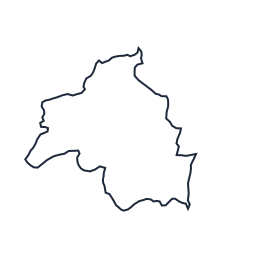 Santo Antônio de Posse, São Paulo, Brazil (Robinson projection), rotated 205°
{"feature_id": "56859067B90854909579192", "entity_name": "Santo Antônio de Posse", "entity_type": "district", "adm_level": 2, "iso_a3": "BRA", "parent_name": "Brazil", "parent_adm1": "São Paulo", "projection": "robinson", "projection_center": [-46.947, -22.613], "detail": "fine", "context": "isolated", "style": "outline", "palette": "slate", "viewbox_px": 256, "rotation_deg": 205, "n_neighbors": 0, "source": "geoboundaries", "source_scale": "gbopen_adm2", "svg_char_len": 1847}
<svg xmlns="http://www.w3.org/2000/svg" viewBox="0 0 256 256"><g transform="rotate(205 128 128)"><path d="M209.7,95.4L207.2,92.3L203.4,93.9L200.4,94.1L199.5,90.9L202.0,87.9L204.6,85.3L205.5,79.2L205.2,74.9L205.5,70.4L206.7,66.1L206.8,61.6L207.9,56.2L204.9,54.3L201.0,53.1L196.9,52.5L193.2,53.9L191.0,58.2L188.0,64.5L183.8,70.5L181.0,73.1L178.6,75.0L174.8,77.8L172.0,82.1L163.5,86.5L161.1,84.3L161.6,79.7L159.6,76.2L157.5,73.8L153.7,71.5L150.0,71.0L144.2,72.6L140.5,76.2L137.3,81.3L131.8,82.2L131.0,77.3L129.7,73.8L128.9,70.6L127.3,67.7L125.0,65.8L120.9,59.9L117.0,60.3L113.7,58.3L109.8,55.7L106.2,52.9L103.0,52.2L100.0,51.2L97.0,51.3L93.7,54.1L92.1,56.9L90.0,61.8L86.9,66.5L83.9,69.0L81.0,71.7L77.1,72.9L73.8,72.2L71.3,74.0L68.3,74.8L64.6,72.1L61.2,73.8L59.7,78.2L58.1,82.5L55.4,83.9L51.0,83.1L47.1,83.0L43.7,83.9L39.5,80.2L39.7,84.8L43.2,87.8L45.2,94.1L47.6,98.4L50.3,103.4L51.3,108.1L52.3,113.2L53.9,118.1L55.4,121.0L55.4,124.3L55.3,127.7L55.4,133.2L60.3,129.6L63.5,127.3L67.5,126.1L72.5,124.0L74.1,132.9L77.5,134.4L78.6,139.1L78.8,145.6L79.8,150.0L84.2,148.2L88.9,148.7L92.5,151.2L97.4,152.8L99.7,158.7L100.8,164.6L102.1,167.6L103.8,170.7L106.6,173.0L111.0,171.0L114.3,171.4L117.3,170.7L123.5,172.6L126.3,173.1L129.6,173.9L133.0,174.5L139.0,175.9L144.1,178.2L146.1,182.4L147.4,185.8L146.2,189.5L142.2,192.8L145.6,196.5L146.5,200.2L148.5,203.1L152.2,204.8L151.3,200.4L152.9,197.2L156.3,194.0L159.6,194.0L161.9,192.0L166.4,189.6L169.7,187.3L172.2,185.0L173.9,181.1L176.0,179.0L178.9,175.9L182.9,176.9L184.1,172.8L183.4,168.3L183.1,163.3L183.7,159.7L186.7,155.3L186.7,150.5L185.8,146.6L183.4,144.9L184.9,140.2L189.0,136.7L191.8,134.1L197.0,133.3L201.1,130.1L205.0,126.1L208.4,123.1L211.1,120.5L214.4,118.1L216.5,115.1L215.4,111.1L211.4,108.3L209.9,105.5L210.1,101.3L207.4,98.9L209.7,95.4Z" fill="none" stroke="#1e293b" stroke-width="2"/></g></svg>